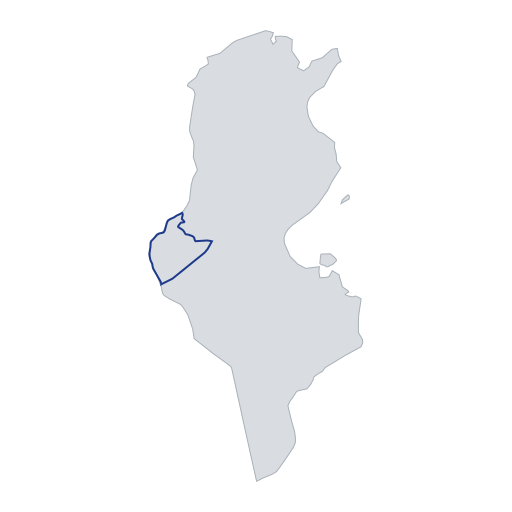 Tozeur on a map of Tunisia (Mercator projection)
{"feature_id": "TUN-101", "entity_name": "Tozeur", "entity_type": "Governorate", "adm_level": 1, "iso_a3": "TUN", "parent_name": "Tunisia", "parent_adm1": "", "projection": "mercator", "projection_center": [7.997, 33.974], "detail": "fine", "context": "in_parent", "style": "outline", "palette": "blue", "viewbox_px": 512, "rotation_deg": 0, "n_neighbors": 0, "source": "natural_earth", "source_scale": "10m", "svg_char_len": 3328}
<svg xmlns="http://www.w3.org/2000/svg" viewBox="0 0 512 512"><path d="M361.0,298.7L360.9,300.4L359.1,312.3L358.6,316.6L358.4,323.8L358.4,332.5L362.6,339.8L362.7,343.1L361.0,346.8L353.3,351.0L343.3,356.5L334.8,361.8L325.3,367.5L322.5,371.2L317.8,374.0L313.9,376.9L313.2,379.6L310.5,384.7L306.9,388.8L298.0,390.8L296.3,392.0L292.2,398.2L290.3,400.6L287.9,405.7L291.0,418.8L294.7,432.2L295.4,437.8L295.4,442.5L293.3,447.5L288.5,454.6L285.0,459.9L278.3,469.3L276.4,471.7L271.8,474.4L262.8,478.1L256.6,481.3L253.4,466.9L250.6,454.6L248.4,444.4L244.4,426.5L241.1,411.2L237.7,395.9L234.7,382.0L231.6,368.0L230.3,366.0L221.1,359.3L212.6,353.2L203.8,346.2L194.2,338.7L192.7,329.1L187.8,314.7L182.6,306.7L180.7,304.5L170.2,299.3L164.2,295.5L162.6,293.3L161.4,287.4L157.1,275.6L152.2,264.9L150.4,257.7L150.2,248.5L151.1,241.9L153.3,239.1L163.5,230.9L168.2,221.0L174.0,217.2L179.1,214.4L183.2,211.2L186.8,205.9L189.6,200.3L190.1,194.2L191.3,184.5L193.1,177.8L197.4,170.1L195.6,164.0L193.3,157.3L194.0,145.7L193.4,141.0L191.6,136.8L189.7,131.5L189.6,127.0L191.4,115.3L192.8,106.3L195.0,94.6L194.3,91.4L192.6,88.9L187.7,86.3L187.6,84.8L188.8,83.0L196.1,77.3L200.1,68.9L203.3,67.2L208.3,64.1L208.1,60.8L207.0,57.3L220.0,53.3L232.4,42.9L236.8,40.4L265.5,30.7L269.2,31.4L273.4,32.8L272.2,36.4L270.5,39.2L273.0,44.3L276.4,41.2L275.5,39.2L275.3,36.4L281.3,36.2L286.5,36.6L292.2,39.6L291.8,51.0L299.5,62.0L297.3,67.6L303.6,70.8L309.1,66.9L311.9,61.1L322.2,57.8L331.9,49.3L337.3,48.4L338.5,55.4L341.1,61.5L337.5,63.6L332.8,70.1L323.9,86.5L315.7,91.3L309.5,97.6L307.6,102.0L306.9,107.2L308.5,116.5L313.0,125.9L318.1,131.6L323.1,133.4L334.7,142.4L334.5,147.7L336.1,154.0L336.8,161.7L340.8,167.8L332.2,181.1L327.4,190.7L318.2,203.8L310.0,212.4L292.4,225.1L288.1,229.3L285.3,233.6L284.0,238.1L284.5,243.5L290.2,256.6L297.9,264.3L305.8,268.4L319.4,266.7L318.9,271.8L319.9,277.8L325.4,277.5L329.1,276.6L332.3,270.7L338.9,274.7L342.4,286.9L348.0,290.7L348.7,292.1L346.7,293.1L345.1,294.5L346.8,295.5L352.3,297.0L355.6,296.0L361.0,298.7ZM332.3,264.7L330.9,264.9L328.3,266.7L327.0,266.9L323.2,264.9L321.7,264.9L319.9,263.6L320.5,256.2L321.1,254.1L330.4,253.8L335.4,258.2L336.2,259.4L336.5,260.7L334.1,263.1L332.3,264.7ZM349.1,199.0L341.0,203.6L342.5,199.6L347.9,194.8L349.3,195.9L349.1,199.0Z" fill="#d9dde1" stroke="#a8b0b8" stroke-width="1"/><path d="M161.3,284.3L161.3,284.0L160.6,281.6L156.5,274.5L153.2,268.7L152.7,267.0L152.2,263.8L150.7,260.8L150.3,259.7L149.6,256.2L149.3,253.8L150.4,247.4L150.6,242.7L151.3,241.0L152.5,239.8L154.6,237.6L155.9,235.9L157.3,234.4L159.3,233.4L162.7,232.8L163.7,232.3L164.3,231.5L164.8,230.5L166.8,222.9L167.8,220.7L169.9,219.2L174.4,217.2L176.6,215.6L181.6,213.3L182.1,212.9L182.3,213.1L182.7,214.3L182.7,214.9L181.9,218.3L181.9,218.8L182.0,219.1L183.8,220.9L184.0,221.2L184.3,221.7L184.3,222.0L184.1,222.2L183.9,222.3L181.3,222.6L181.1,222.7L180.8,222.8L180.6,223.0L178.7,225.3L178.5,225.8L178.1,226.4L178.2,226.8L178.3,227.1L182.2,229.6L183.2,230.5L183.6,231.0L184.4,232.2L185.0,233.3L185.4,233.9L185.7,234.2L185.9,234.3L186.2,234.4L188.1,234.6L192.1,236.0L192.4,236.1L193.3,236.8L194.0,237.5L194.2,237.9L194.3,238.2L194.5,239.1L195.0,240.6L195.3,241.0L195.5,241.2L207.0,240.5L209.0,240.7L211.9,241.3L207.7,248.9L204.8,252.5L172.4,278.7L162.2,283.8L161.3,284.3Z" fill="none" stroke="#1e3a8a" stroke-width="2"/></svg>